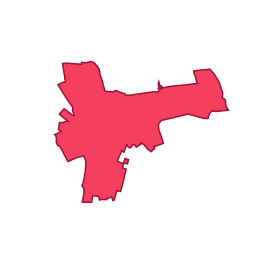 outline of Todireni, Botosani, Romania, rotated 23°
{"feature_id": "2599482B63116977359032", "entity_name": "Todireni", "entity_type": "district", "adm_level": 2, "iso_a3": "ROU", "parent_name": "Romania", "parent_adm1": "Botosani", "projection": "natural_earth1", "projection_center": [27.106, 47.62], "detail": "fine", "context": "isolated", "style": "filled", "palette": "rose", "viewbox_px": 256, "rotation_deg": 23, "n_neighbors": 0, "source": "geoboundaries", "source_scale": "gbopen_adm2", "svg_char_len": 5639}
<svg xmlns="http://www.w3.org/2000/svg" viewBox="0 0 256 256"><g transform="rotate(23 128 128)"><path d="M90.7,177.1L90.8,176.8L91.3,176.5L91.9,175.7L94.1,173.9L94.8,173.5L96.4,172.4L97.2,171.7L98.1,170.9L101.3,174.3L102.1,175.0L102.5,175.6L102.8,176.6L103.9,179.5L105.3,183.8L106.1,185.6L106.2,186.2L106.1,187.2L106.5,188.7L106.9,189.7L107.1,190.7L107.3,191.9L107.6,192.9L107.7,193.6L107.8,194.5L107.9,195.4L108.3,197.0L108.2,198.0L108.0,199.0L109.1,199.8L110.4,200.4L111.3,202.1L111.6,202.1L111.9,201.9L112.1,202.0L112.3,202.5L112.3,204.0L112.5,204.4L112.7,204.7L113.1,205.7L113.4,206.6L113.2,207.4L113.6,208.2L114.0,210.0L114.3,210.9L114.4,211.8L114.4,212.4L115.0,214.1L116.0,213.8L116.5,213.5L123.6,210.6L122.7,207.5L122.1,204.0L127.9,202.4L128.1,203.0L129.6,205.1L129.7,205.4L130.3,205.4L130.5,204.5L133.7,203.3L136.1,202.3L135.6,201.8L136.3,201.4L137.1,200.5L137.5,200.0L138.6,198.9L140.0,197.9L142.3,200.6L143.5,199.7L142.1,190.4L143.1,190.3L143.1,189.7L146.0,189.3L144.7,179.6L143.7,174.4L142.4,166.6L141.3,166.7L140.6,166.8L138.7,167.0L137.8,161.7L141.5,161.2L140.8,157.0L140.2,157.1L139.6,157.1L139.1,157.1L138.9,157.0L138.3,156.9L138.2,157.0L137.6,157.1L137.2,157.1L137.3,157.5L137.3,157.8L137.3,158.8L137.5,161.2L137.6,161.6L137.6,162.7L130.9,162.8L131.0,159.6L131.0,157.2L131.1,155.4L131.1,151.2L133.8,151.9L133.2,143.9L133.8,144.0L134.2,144.2L134.5,144.5L134.8,144.9L135.3,145.3L135.8,145.6L136.8,145.6L137.2,145.6L137.7,145.4L138.7,143.7L138.7,142.7L138.9,141.5L139.1,141.4L140.2,140.6L140.5,140.5L141.0,141.2L141.1,141.3L141.9,141.7L142.6,142.2L142.8,142.3L143.2,142.3L143.3,142.3L143.5,142.0L143.8,141.4L144.4,140.7L144.5,140.4L144.5,140.0L144.6,139.6L145.0,139.1L145.8,138.6L146.0,138.4L146.0,138.1L145.4,137.3L145.4,137.2L145.5,137.1L146.4,136.6L146.6,136.6L146.8,136.6L147.0,136.6L147.5,137.0L148.1,137.0L148.6,136.9L149.3,137.0L149.8,137.2L150.4,137.9L151.6,138.1L154.5,139.9L156.3,140.3L158.2,140.7L158.6,140.7L158.9,140.4L159.0,140.2L159.1,139.9L159.1,139.3L159.1,138.6L159.2,138.3L159.4,138.0L160.2,137.3L160.7,136.6L159.1,135.3L161.1,133.3L161.6,133.0L163.3,131.2L164.0,130.7L166.6,128.3L163.9,125.0L159.7,120.4L157.6,118.2L156.9,117.3L155.2,114.1L154.5,111.8L154.8,110.6L155.4,110.0L155.1,108.5L170.2,97.5L177.7,91.7L178.1,91.6L181.5,91.3L184.1,90.8L194.3,89.5L197.9,88.0L197.8,87.8L197.4,84.2L197.4,83.5L197.6,82.4L197.9,81.2L199.0,79.2L199.1,79.4L199.7,79.4L200.2,79.2L200.7,78.6L201.2,78.5L202.2,78.6L213.4,72.4L210.2,70.0L209.6,69.4L208.0,66.9L207.4,65.4L206.7,64.5L206.4,64.1L206.1,63.9L205.7,63.7L203.9,63.5L203.5,63.4L203.2,63.3L203.0,63.1L202.7,62.7L202.5,62.3L201.9,59.8L201.6,59.0L201.3,58.5L193.5,49.7L186.2,44.6L185.8,44.4L184.2,43.7L181.9,42.6L180.3,41.9L177.0,43.8L174.5,45.0L173.6,45.6L170.6,47.2L169.5,47.9L166.6,49.5L166.2,49.8L166.9,51.1L167.6,52.2L168.6,53.0L169.2,53.6L169.4,53.9L170.4,54.9L170.8,55.5L171.3,56.0L171.6,56.7L172.0,57.3L173.8,59.3L174.1,59.6L174.7,59.9L172.7,61.0L172.5,60.9L163.7,66.1L162.6,66.6L160.5,67.8L153.0,71.9L152.5,72.1L151.3,72.8L150.1,73.5L148.6,74.5L147.9,75.1L146.7,75.9L146.1,76.3L144.9,77.2L142.8,78.4L142.7,78.5L142.7,78.4L142.6,78.2L143.1,77.0L143.2,76.8L142.7,76.3L142.3,76.4L141.3,76.5L141.1,76.5L140.8,76.3L140.2,75.8L140.0,75.4L139.9,75.3L139.4,74.9L139.1,74.5L138.9,74.3L138.7,73.9L138.3,73.4L138.4,74.2L138.3,74.6L138.4,75.1L139.1,76.1L139.4,77.0L139.7,77.3L139.9,77.7L140.2,77.6L140.5,78.1L140.3,78.2L140.6,78.8L140.6,79.0L140.4,79.9L142.5,79.9L142.4,80.1L142.0,81.2L141.7,81.8L141.7,82.2L141.7,83.0L140.6,83.4L138.9,84.1L136.5,85.3L135.4,85.8L135.2,86.0L133.9,86.7L125.4,91.9L124.1,92.7L122.2,93.8L117.5,96.8L117.3,97.0L115.4,97.7L115.1,97.7L114.9,97.8L113.9,98.5L113.1,98.7L111.5,97.5L109.9,98.0L107.7,98.0L106.5,98.3L105.6,98.4L105.2,98.4L104.4,98.1L103.9,98.0L103.3,98.1L102.3,98.4L101.5,98.6L101.4,98.7L101.2,99.2L100.8,100.0L100.8,100.3L92.4,103.2L90.8,101.1L88.0,97.5L87.9,97.2L86.7,95.9L86.0,94.9L85.3,94.0L84.5,93.2L83.8,92.3L82.9,91.4L82.7,91.1L82.3,90.9L81.2,89.5L80.8,88.8L80.3,87.8L80.0,87.2L79.2,86.8L79.0,85.8L77.6,84.7L77.1,84.1L76.6,83.8L76.4,83.5L74.5,82.7L73.6,82.5L73.1,82.2L72.6,81.7L71.4,81.4L71.2,81.2L69.8,81.1L69.1,81.1L67.9,81.5L67.6,81.7L66.6,82.2L66.0,83.0L65.1,83.5L64.4,83.9L63.4,84.5L62.9,84.7L62.7,84.7L60.9,85.4L59.7,85.7L59.7,85.9L59.8,86.2L60.5,87.3L53.7,89.8L48.8,91.4L48.2,91.5L46.9,92.0L46.4,92.4L45.6,92.6L44.9,93.0L44.1,93.2L43.7,93.4L43.2,93.9L42.6,94.2L42.9,94.6L43.3,95.4L44.2,96.9L45.2,98.7L46.1,99.9L48.1,103.1L48.5,103.7L49.9,105.1L49.6,105.6L49.9,105.9L50.6,106.9L50.6,107.4L50.9,108.0L51.0,108.1L51.6,108.4L51.9,108.8L52.0,109.0L52.1,109.9L49.9,111.7L48.4,113.3L47.8,114.1L46.6,115.5L47.2,116.0L53.1,120.1L53.6,120.5L58.1,123.6L64.6,127.9L66.4,128.9L67.2,129.4L68.9,130.5L69.5,131.6L69.5,132.2L69.6,132.3L69.8,132.5L70.2,133.7L70.4,133.8L70.5,134.0L70.8,134.6L71.7,135.3L71.8,135.5L72.1,135.6L73.1,137.1L73.3,137.4L73.4,137.8L72.9,138.0L71.5,137.8L61.7,135.2L61.2,136.5L60.8,137.8L59.4,142.0L59.5,142.2L64.9,143.8L68.9,144.9L70.4,145.3L69.4,145.6L68.3,146.1L67.9,146.5L66.9,147.5L65.3,148.8L64.6,149.1L63.7,149.4L63.0,149.5L62.8,149.6L62.9,150.5L63.8,153.6L64.0,154.1L64.7,156.8L65.2,156.9L65.9,156.9L67.7,157.1L67.1,158.2L66.7,159.0L65.0,160.6L64.8,161.0L64.7,161.4L63.8,162.0L63.2,162.5L63.0,162.8L63.3,162.9L63.9,162.9L64.0,162.8L64.3,163.0L64.5,163.5L65.4,164.3L66.3,166.0L66.6,166.7L67.0,167.3L67.0,167.6L67.3,168.1L67.4,168.6L67.6,168.8L67.8,169.0L67.8,169.5L68.9,170.4L69.2,170.8L70.3,171.6L70.9,171.7L72.2,171.3L72.9,171.9L73.6,172.4L74.3,173.0L77.0,175.1L79.9,177.6L82.1,179.3L83.6,180.6L84.9,181.7L85.7,182.3L85.9,182.4L90.7,177.1Z" fill="#f43f5e" stroke="#9f1239" stroke-width="1.5"/></g></svg>